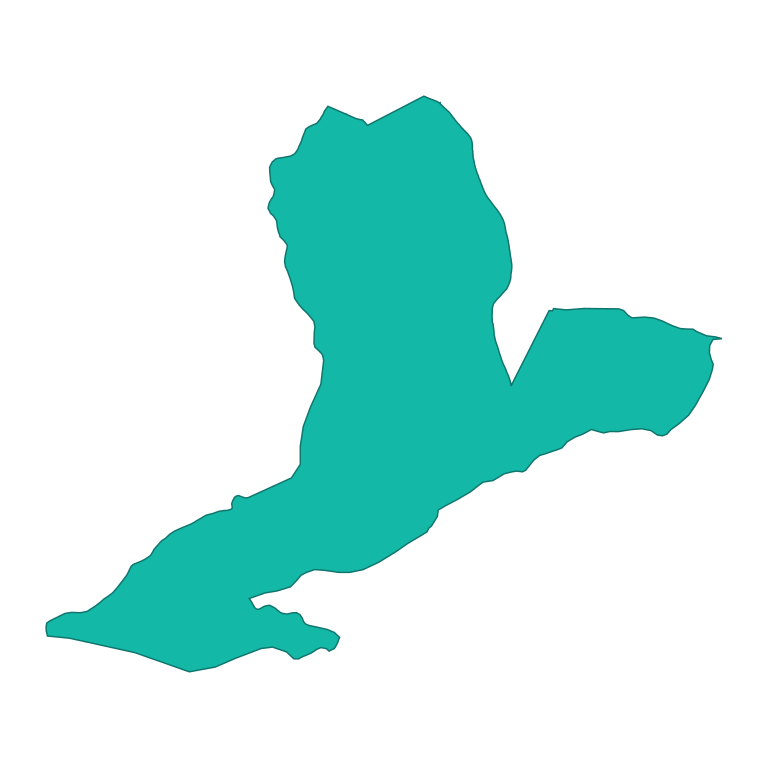 Desrameaux, Dauphin, Saint Lucia
{"feature_id": "8701671B79417644951649", "entity_name": "Desrameaux", "entity_type": "district", "adm_level": 2, "iso_a3": "LCA", "parent_name": "Saint Lucia", "parent_adm1": "Dauphin", "projection": "mercator", "projection_center": [-60.926, 14.037], "detail": "fine", "context": "isolated", "style": "filled", "palette": "teal", "viewbox_px": 768, "rotation_deg": 0, "n_neighbors": 0, "source": "geoboundaries", "source_scale": "gbopen_adm2", "svg_char_len": 6095}
<svg xmlns="http://www.w3.org/2000/svg" viewBox="0 0 768 768"><path d="M327.9,106.3L324.3,111.4L324.1,111.8L323.7,113.3L321.1,117.5L320.2,119.2L318.6,121.1L317.3,122.8L315.7,123.9L313.9,124.5L310.0,126.3L308.1,127.4L306.5,128.5L305.7,129.2L304.7,132.1L303.1,135.9L302.2,138.4L301.7,140.3L301.1,142.0L300.2,143.7L299.0,146.4L298.4,148.0L297.6,149.7L296.6,151.2L294.8,153.6L293.4,154.7L291.3,155.6L290.2,156.2L285.4,157.0L283.9,157.4L277.5,158.3L275.7,159.0L274.4,160.2L272.9,161.4L272.1,162.3L270.4,165.5L269.6,167.5L269.7,170.0L270.1,175.6L270.7,181.6L271.6,183.8L273.0,186.6L273.7,187.7L274.7,189.5L273.9,194.1L273.4,195.8L272.8,197.1L272.1,198.0L271.3,199.0L269.9,201.5L269.2,203.0L268.8,204.9L268.3,206.6L268.0,208.1L268.6,209.6L269.5,210.9L270.3,212.9L271.4,214.2L272.6,215.0L273.6,216.2L275.6,219.1L276.5,220.6L277.2,225.5L277.3,227.3L278.5,232.0L279.7,235.2L280.1,236.9L282.2,238.8L284.0,240.6L287.3,245.0L287.2,247.5L286.4,250.6L285.2,256.3L284.6,261.4L285.4,266.6L287.4,270.9L290.3,279.0L292.4,286.0L293.7,291.8L294.6,298.4L299.2,305.0L303.3,309.6L307.6,313.6L313.8,321.2L314.9,326.7L314.3,332.6L314.1,337.8L314.0,343.3L315.0,347.2L318.9,350.8L322.4,354.6L323.7,360.3L320.9,384.1L310.6,406.8L303.3,426.5L300.3,446.2L300.3,464.3L291.5,477.9L248.5,497.5L245.7,498.0L242.5,497.1L238.7,495.6L236.7,495.9L235.2,496.8L234.2,497.9L233.0,500.2L232.2,502.1L231.7,503.8L232.2,507.1L232.0,508.6L230.1,509.6L227.1,510.4L225.2,510.5L224.1,510.5L219.1,511.3L215.0,512.7L213.5,513.3L209.1,514.4L205.9,515.3L200.4,518.6L196.9,520.6L193.9,522.5L190.5,524.3L183.9,527.0L178.9,529.1L174.3,531.3L169.7,534.3L165.5,538.3L161.7,540.7L154.0,549.4L152.8,551.8L151.0,554.7L149.7,556.2L144.7,559.4L141.4,561.1L133.2,564.5L131.1,566.4L127.2,574.5L124.3,578.5L116.8,588.2L112.6,592.9L108.2,596.2L104.1,598.9L100.0,602.5L94.9,606.4L89.2,610.0L87.4,611.3L85.6,611.7L81.8,612.5L80.0,612.7L71.7,612.4L68.1,612.9L64.9,613.5L50.0,620.8L46.8,623.0L46.1,626.6L46.3,631.3L47.2,634.7L47.4,636.0L69.5,638.2L134.8,652.6L189.3,671.8L215.3,667.0L235.9,658.1L261.2,648.5L272.5,647.1L286.5,651.9L293.8,658.8L298.6,658.9L301.5,657.2L311.7,652.8L316.5,649.5L320.8,647.6L326.3,648.6L329.1,651.1L332.0,649.6L334.3,648.6L335.9,646.1L337.7,642.6L338.6,639.8L339.6,637.5L334.4,632.5L327.6,629.6L317.3,627.2L309.1,625.5L305.2,623.8L303.5,621.4L302.3,618.2L299.9,614.6L296.6,612.7L292.6,612.8L287.0,614.1L282.7,613.4L280.0,612.3L278.3,610.8L277.8,610.5L275.3,608.3L271.8,606.3L269.5,605.3L267.1,605.6L264.3,606.3L261.9,607.6L260.0,608.8L258.0,609.4L256.2,608.9L254.7,607.6L253.2,605.0L251.5,601.8L249.2,598.5L265.2,592.9L277.2,590.9L290.5,586.8L296.5,580.6L301.2,575.1L306.5,572.4L314.5,569.6L324.5,570.3L339.1,572.4L349.7,572.4L363.1,569.6L379.0,562.1L395.7,551.8L407.6,543.5L427.0,531.9L428.8,528.2L431.5,526.0L437.3,516.6L438.3,510.0L445.5,505.7L457.2,499.6L470.6,491.7L477.2,486.5L483.0,482.1L492.9,480.6L504.2,473.8L512.2,471.8L516.6,471.1L522.5,471.8L525.6,470.3L533.8,460.1L539.7,455.4L545.2,453.8L552.3,451.3L556.5,450.0L561.9,447.9L567.2,441.7L574.8,437.2L582.6,434.2L591.4,429.5L597.1,431.2L603.6,432.9L609.9,431.5L618.4,431.6L631.5,429.5L642.0,428.8L651.0,430.6L657.4,435.0L662.4,435.8L666.9,434.1L670.9,429.6L679.7,423.1L688.8,415.0L695.6,405.0L703.0,391.8L709.2,379.6L712.4,369.4L713.2,364.2L711.3,359.7L709.4,352.7L709.7,345.6L712.9,339.5L720.4,338.8L721.9,338.6L715.5,336.9L706.5,335.8L696.5,331.5L693.1,329.2L686.0,329.0L680.0,328.5L672.0,325.6L661.8,320.8L653.6,318.0L644.8,317.1L632.0,317.9L627.8,315.2L623.6,310.5L618.7,308.9L584.0,308.5L566.3,309.9L553.6,308.6L552.4,310.9L549.1,310.6L511.0,386.0L511.0,384.9L510.6,382.8L510.5,382.1L510.0,380.8L509.9,379.9L509.4,378.6L509.1,377.8L508.3,375.6L506.8,372.3L505.9,369.7L505.7,369.2L505.4,368.5L504.6,366.7L504.2,366.1L502.8,363.0L501.6,359.7L500.9,357.3L499.8,354.3L498.7,350.6L498.3,349.1L497.8,347.6L497.4,346.3L496.2,343.0L495.5,340.8L494.9,338.3L494.1,334.1L494.0,332.4L494.0,331.7L493.5,327.7L493.4,327.1L493.2,325.6L493.2,324.8L493.0,324.0L492.7,323.1L492.5,322.6L492.2,321.6L492.2,319.2L492.1,318.6L492.1,317.4L492.0,316.4L492.1,315.3L492.3,308.7L492.5,307.3L493.3,304.4L494.0,303.0L494.9,301.9L495.7,301.0L497.1,299.3L501.1,295.2L501.9,294.1L503.3,292.6L504.5,291.2L506.8,288.8L508.1,286.0L509.3,283.2L509.8,281.9L510.1,280.5L510.5,279.3L510.7,278.3L510.8,276.3L510.9,274.7L511.1,273.1L511.4,271.9L511.5,271.0L511.6,269.2L511.8,268.1L511.8,265.0L511.6,263.5L511.6,263.0L511.4,262.0L511.1,261.1L511.2,260.1L511.0,259.3L510.9,258.4L510.7,257.5L510.6,256.9L510.4,255.8L510.4,255.3L509.9,252.3L509.8,250.9L509.3,248.5L509.3,248.0L509.2,247.1L509.2,246.7L508.7,244.3L508.4,242.1L508.2,241.4L508.2,240.8L507.8,239.4L507.7,238.3L506.5,233.8L506.3,233.4L505.8,231.1L505.3,227.7L505.2,227.2L504.9,226.1L504.5,223.8L504.0,222.3L503.1,219.8L502.6,218.9L502.2,218.0L501.9,217.4L499.9,213.9L498.2,211.5L497.3,210.1L496.1,208.6L495.6,207.9L494.6,206.8L492.4,203.8L491.9,203.3L490.4,201.0L489.8,200.4L489.4,199.8L488.0,198.1L486.5,195.7L485.6,194.1L485.4,193.6L484.9,192.7L484.7,192.4L484.2,191.4L483.5,189.5L482.5,187.3L482.2,186.2L481.0,183.4L479.8,179.8L479.1,178.7L478.3,175.8L477.3,173.6L475.5,168.1L474.7,165.1L474.0,161.2L473.3,158.2L473.0,156.6L473.1,155.4L472.9,153.6L472.7,152.5L472.8,151.5L472.7,150.6L472.5,149.6L472.4,148.3L472.5,147.0L472.4,146.3L472.4,145.1L472.1,142.6L471.9,141.6L471.6,140.2L471.2,139.1L470.5,137.6L469.5,136.2L468.3,134.7L467.5,133.6L467.1,133.3L466.2,132.3L465.1,131.3L464.8,130.9L464.3,130.4L463.9,130.1L462.7,128.6L461.7,127.8L460.6,126.5L459.2,124.6L458.8,124.2L458.0,123.6L457.7,123.2L457.2,122.6L454.9,119.8L454.1,118.5L452.9,117.1L452.3,116.4L451.3,114.9L450.7,114.2L450.0,113.2L449.0,112.1L448.5,111.5L447.6,110.9L447.1,110.4L440.3,103.9L440.2,102.6L439.3,102.9L438.4,102.3L436.8,101.4L435.7,101.0L433.1,99.9L432.0,99.6L431.7,99.4L430.7,99.1L428.2,98.1L427.4,97.7L426.9,97.6L425.9,97.0L423.8,96.2L367.5,125.4L366.5,124.2L364.4,121.8L363.5,121.1L363.0,120.2L361.7,119.8L360.1,119.6L355.7,118.5L353.8,117.6L352.1,116.9L349.8,115.8L347.9,115.0L346.0,113.9L344.5,113.5L327.9,106.3Z" fill="#14b8a6" stroke="#0f766e" stroke-width="1.5"/></svg>